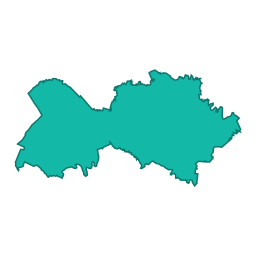 Chinampa de Gorostiza, Veracruz, Mexico (Robinson projection)
{"feature_id": "50627088B51202553457733", "entity_name": "Chinampa de Gorostiza", "entity_type": "district", "adm_level": 2, "iso_a3": "MEX", "parent_name": "Mexico", "parent_adm1": "Veracruz", "projection": "robinson", "projection_center": [-97.667, 21.376], "detail": "fine", "context": "isolated", "style": "filled", "palette": "teal", "viewbox_px": 256, "rotation_deg": 0, "n_neighbors": 0, "source": "geoboundaries", "source_scale": "gbopen_adm2", "svg_char_len": 5801}
<svg xmlns="http://www.w3.org/2000/svg" viewBox="0 0 256 256"><path d="M212.9,156.5L211.7,156.2L212.1,157.1L211.3,155.8L211.3,154.8L213.2,152.1L213.3,149.0L213.8,147.7L214.4,147.1L215.6,146.8L218.9,146.7L221.2,147.2L222.2,146.9L229.6,140.4L228.9,140.1L229.4,139.6L229.7,139.3L230.5,139.6L231.3,138.8L229.6,138.1L229.7,137.8L231.6,138.3L232.2,135.1L233.8,135.5L233.3,132.5L236.4,133.8L237.9,132.2L236.2,131.5L236.2,129.8L240.1,131.7L239.6,130.8L240.6,129.4L236.8,120.9L239.2,118.2L237.0,116.2L234.6,115.0L234.0,114.5L233.6,113.0L233.1,112.6L232.1,112.8L231.7,114.4L230.6,116.2L227.7,117.0L223.8,119.3L222.8,118.6L222.3,116.7L222.5,108.2L222.1,107.3L221.0,106.8L220.3,107.0L218.7,109.4L217.9,109.4L217.7,109.8L218.0,111.4L217.0,112.1L215.9,111.9L215.8,111.3L216.7,109.9L216.5,108.1L215.3,107.3L212.8,110.1L211.5,110.3L210.8,109.7L210.3,107.5L213.0,105.1L213.3,104.3L212.9,103.1L211.8,103.8L210.6,103.9L209.6,104.7L209.4,105.5L208.7,105.4L208.2,103.9L208.6,102.8L208.5,101.0L208.9,100.3L208.5,99.7L208.0,100.0L207.4,99.1L206.8,99.4L206.7,100.5L206.2,100.5L206.2,100.0L205.8,99.9L204.0,100.0L204.2,101.1L203.9,101.7L201.9,100.8L202.1,99.4L200.2,99.5L199.6,98.9L198.8,94.6L201.0,94.7L200.3,91.9L200.9,91.5L200.8,90.7L199.7,88.8L199.9,86.9L201.0,83.7L201.9,83.2L200.8,82.4L199.5,79.6L200.5,78.5L199.6,78.4L197.5,79.5L197.0,79.3L197.5,78.5L197.2,77.8L196.0,77.5L195.4,79.7L193.7,79.9L193.3,79.7L194.1,78.8L192.9,78.2L192.3,77.0L192.6,76.6L191.3,75.2L191.2,76.2L190.4,77.3L190.2,79.2L189.3,79.4L188.9,79.2L188.3,76.2L187.8,75.5L187.1,75.7L185.6,74.9L185.1,75.4L184.7,77.0L183.2,78.7L182.7,78.5L182.2,77.5L181.4,77.7L180.8,77.5L180.8,76.8L179.3,76.7L178.4,78.9L176.2,80.0L174.7,80.0L170.9,77.6L170.6,76.3L166.1,73.2L163.3,72.9L160.4,73.9L160.0,72.5L158.5,73.1L157.5,71.7L154.8,70.1L150.7,71.7L149.1,72.9L149.8,74.8L150.3,75.2L150.6,76.8L151.8,78.6L154.5,79.6L153.8,80.9L152.6,81.4L152.0,80.1L151.4,79.9L150.4,82.0L150.8,83.9L150.0,84.8L149.0,85.1L147.2,84.7L146.5,85.9L144.3,84.6L143.0,84.5L142.3,83.9L141.4,84.3L140.2,84.3L140.8,83.0L140.2,82.7L140.3,81.7L140.0,81.5L139.5,81.5L138.5,82.5L138.0,84.1L137.3,84.4L137.3,85.2L136.9,85.3L136.3,84.1L135.9,84.3L135.8,84.9L134.0,85.3L133.0,84.6L132.3,85.1L131.7,84.1L130.7,84.0L130.7,83.6L131.3,83.0L131.9,82.9L132.0,82.4L131.9,81.3L130.8,81.6L131.1,80.4L129.7,81.1L127.3,81.2L125.9,84.5L124.3,83.2L124.2,83.8L123.4,84.0L122.5,83.4L120.8,85.5L117.9,86.0L117.5,87.5L117.0,87.7L117.1,86.9L116.1,86.5L114.6,87.6L114.5,89.3L113.9,89.9L114.3,90.5L115.5,89.8L116.1,90.8L116.8,91.3L116.6,93.4L117.1,93.7L117.3,94.7L116.5,96.1L114.9,96.8L115.0,97.9L115.5,98.4L115.4,100.2L114.5,99.2L113.8,99.4L112.9,101.5L112.9,101.9L112.2,101.9L111.7,102.7L110.8,105.9L110.9,107.8L110.4,107.5L110.1,108.6L110.9,108.8L110.6,109.3L111.3,109.5L111.2,110.1L110.3,109.8L110.0,110.2L110.3,110.9L109.6,110.9L109.6,110.5L108.7,109.7L103.4,108.1L102.6,110.8L99.7,109.9L99.5,110.9L98.0,109.9L97.1,110.9L96.8,110.6L96.8,109.9L94.6,110.3L94.3,109.0L93.9,108.8L92.4,109.6L80.5,95.9L79.7,97.1L69.9,87.0L69.0,87.0L66.0,84.4L65.2,83.9L62.6,84.1L62.2,82.9L62.8,81.2L62.6,80.7L60.1,81.1L59.6,79.8L58.5,80.1L57.1,79.7L56.4,78.9L53.7,78.5L52.2,79.0L51.7,80.4L51.2,80.5L50.8,80.0L49.1,79.5L48.7,80.2L47.7,80.3L47.6,80.6L47.0,80.6L46.4,79.8L45.9,79.9L44.8,81.9L44.8,81.1L43.4,80.9L43.8,81.7L43.3,82.5L42.9,82.0L41.5,81.8L40.9,81.3L39.5,82.1L38.3,84.7L36.4,85.4L36.0,86.2L33.0,88.2L32.8,88.8L30.3,91.5L28.2,93.3L34.9,104.0L37.8,107.9L42.0,115.3L38.3,119.4L32.2,124.7L29.0,129.3L25.8,132.7L25.2,134.5L25.5,135.1L22.4,139.9L17.6,144.0L22.8,146.4L24.4,147.4L24.4,147.9L23.8,149.8L20.7,149.4L15.4,162.4L15.8,162.8L15.6,165.1L15.9,166.4L16.5,166.9L17.5,169.4L18.5,170.6L18.8,169.7L18.0,168.9L17.8,168.0L23.0,166.5L23.6,164.0L24.6,161.9L33.8,166.3L35.2,165.5L37.2,165.4L37.8,165.8L41.3,168.9L41.2,169.8L43.4,171.1L44.2,172.0L44.3,172.9L46.0,174.1L47.9,176.9L48.7,177.1L50.0,175.4L51.5,176.4L52.8,175.6L55.9,176.1L57.1,175.2L57.8,176.3L59.9,176.9L62.0,178.2L63.4,175.4L63.5,174.1L62.0,171.8L62.5,170.8L64.0,170.1L66.5,168.0L71.2,167.0L71.9,166.9L74.0,168.2L75.9,168.4L76.8,167.5L76.1,165.5L75.3,164.8L76.1,164.2L78.6,164.4L80.7,165.8L81.5,167.1L83.7,173.1L83.8,174.5L85.5,176.1L86.0,176.1L87.1,175.4L87.3,174.8L87.0,171.9L86.3,169.7L86.3,167.9L86.8,167.5L87.8,167.6L89.8,168.6L91.3,168.1L92.2,165.3L91.7,163.4L92.4,162.1L93.1,161.9L94.2,163.0L94.0,165.0L94.2,165.8L95.3,166.5L96.5,166.1L96.9,163.8L98.5,159.6L98.7,156.1L98.3,155.5L98.4,154.8L98.0,154.6L97.9,152.0L97.4,149.7L101.7,148.0L102.4,148.7L103.7,147.1L110.3,144.1L110.1,142.2L111.8,144.1L112.3,145.7L115.0,148.3L117.7,148.8L119.8,147.6L120.3,148.1L120.3,149.0L121.7,149.4L122.9,150.4L123.5,150.3L123.0,149.7L123.1,149.4L124.2,149.4L125.0,150.2L124.7,151.4L125.0,151.8L126.2,151.6L127.5,152.0L128.2,151.3L129.1,151.3L128.8,152.2L129.1,152.8L130.4,152.9L131.0,152.6L131.5,152.9L131.2,154.3L133.5,155.3L134.4,157.2L135.0,157.3L135.0,156.4L135.8,156.6L136.6,159.8L137.1,159.4L136.9,158.6L137.2,158.4L137.9,158.5L140.1,163.1L141.6,165.0L141.8,165.6L140.7,168.4L141.6,168.5L144.8,166.6L144.9,164.7L145.3,164.3L146.1,163.9L147.9,164.5L148.8,164.3L151.5,161.5L152.8,161.1L156.0,163.3L159.2,164.1L161.4,165.8L163.2,165.9L165.2,167.7L168.5,169.7L171.9,169.6L172.4,170.1L172.4,170.9L170.5,173.5L170.5,174.7L171.2,174.9L173.0,173.6L174.7,173.7L175.6,175.0L175.7,178.2L175.9,178.3L177.7,177.5L178.5,178.3L180.5,179.3L180.5,180.1L186.8,180.2L186.4,181.8L186.9,182.5L188.4,183.2L188.9,183.0L190.1,179.6L191.5,179.8L192.0,180.2L192.5,182.4L194.6,185.9L197.0,183.1L196.7,182.8L197.8,173.9L195.0,173.6L195.7,168.8L196.9,169.0L197.1,168.7L196.1,167.4L197.0,166.5L196.9,165.9L195.5,163.7L198.8,161.2L205.1,161.9L205.4,161.6L205.1,160.3L206.0,161.7L206.7,162.0L209.8,161.9L212.2,158.8L212.4,157.8L212.9,158.2L212.9,156.5Z" fill="#14b8a6" stroke="#0f766e" stroke-width="1.5"/></svg>